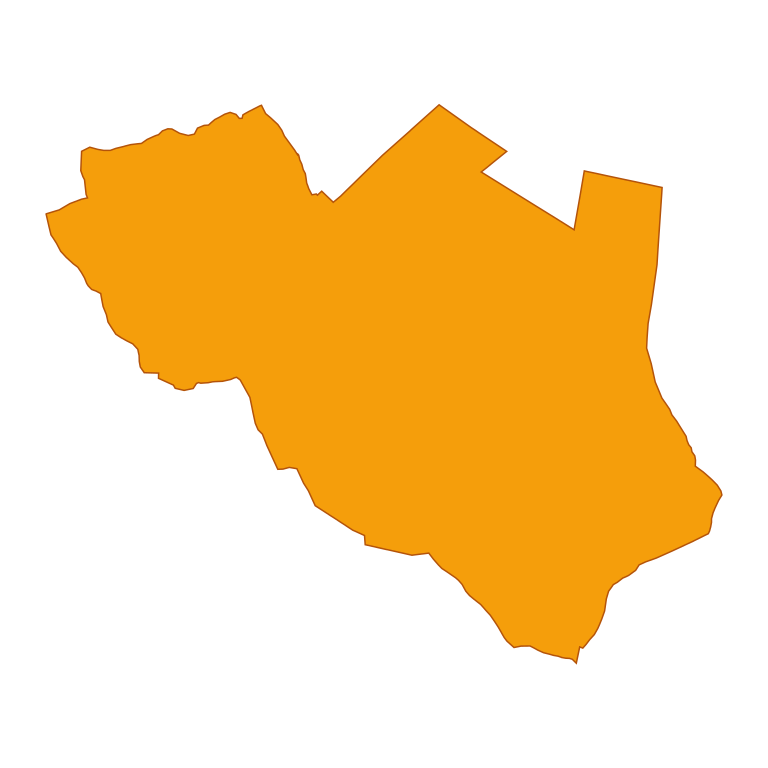 Zaragoza, Veracruz, Mexico (Natural Earth projection)
{"feature_id": "50627088B53644428615322", "entity_name": "Zaragoza", "entity_type": "district", "adm_level": 2, "iso_a3": "MEX", "parent_name": "Mexico", "parent_adm1": "Veracruz", "projection": "natural_earth1", "projection_center": [-94.642, 17.948], "detail": "fine", "context": "isolated", "style": "filled", "palette": "amber", "viewbox_px": 768, "rotation_deg": 0, "n_neighbors": 0, "source": "geoboundaries", "source_scale": "gbopen_adm2", "svg_char_len": 4156}
<svg xmlns="http://www.w3.org/2000/svg" viewBox="0 0 768 768"><path d="M261.5,105.3L260.9,105.5L259.8,105.9L256.9,107.4L249.0,111.4L244.7,113.8L242.9,114.9L242.1,118.3L239.3,118.4L236.7,115.2L236.0,114.4L230.1,112.4L224.7,114.2L219.6,117.1L214.9,119.5L211.3,122.5L208.5,125.1L204.1,125.4L197.5,128.1L194.4,134.1L188.2,135.5L179.6,133.3L178.0,132.4L171.9,129.0L167.8,128.8L162.4,130.9L158.5,134.7L155.7,135.6L153.8,136.4L147.2,139.4L141.5,143.4L140.8,143.5L138.4,143.7L130.8,144.6L125.3,146.0L123.6,146.5L115.8,148.4L110.3,150.4L103.7,150.4L97.9,149.4L97.1,149.2L89.8,147.2L84.6,149.8L81.6,151.3L81.2,160.6L80.8,170.7L82.9,176.6L84.5,179.7L86.1,194.4L87.5,197.9L81.5,199.2L69.9,203.6L59.2,209.9L46.3,213.8L46.1,214.0L48.9,226.2L51.0,234.9L53.0,237.8L56.5,243.3L60.7,251.3L66.2,257.3L73.3,263.8L77.8,267.2L81.6,272.8L84.6,278.1L86.7,283.4L88.2,285.8L91.6,289.4L93.9,290.3L95.9,291.0L99.3,292.8L100.7,293.5L101.5,298.0L101.8,299.7L102.5,303.4L103.1,306.5L106.4,314.7L108.0,322.0L110.0,325.2L111.4,327.4L115.8,334.2L121.3,337.8L126.9,340.9L129.1,342.0L132.7,343.8L137.8,349.3L138.5,352.8L139.0,354.9L139.1,355.3L139.3,361.6L140.3,367.0L142.9,370.8L143.3,371.3L144.2,372.7L158.6,373.1L158.5,378.3L173.4,385.1L175.2,388.3L184.1,390.4L193.2,388.5L196.5,383.4L198.6,382.6L200.7,383.2L208.2,382.7L212.6,381.8L215.3,381.6L222.5,381.3L230.6,379.5L234.5,377.8L236.6,377.3L240.0,379.8L240.3,380.1L249.9,397.4L252.0,407.5L252.9,412.1L255.3,423.3L258.1,429.8L262.4,434.1L264.9,440.4L266.9,445.6L277.8,469.3L283.0,469.1L289.3,467.4L296.9,468.7L303.6,483.2L308.1,490.3L308.5,491.0L315.2,505.7L317.7,507.3L320.6,509.2L330.9,515.9L333.3,517.4L339.7,521.6L352.8,530.2L355.1,531.2L359.5,533.2L364.5,535.5L365.2,544.7L386.8,549.6L387.1,549.6L411.9,555.2L422.3,553.9L422.6,553.9L428.8,553.1L433.6,559.4L438.5,565.0L441.9,568.5L446.8,571.7L447.5,572.2L455.5,577.7L458.5,580.3L462.1,584.4L465.0,589.7L465.8,591.2L469.5,595.5L474.2,599.4L480.6,604.4L483.3,607.4L485.8,610.3L490.2,615.1L494.0,620.6L495.8,623.3L498.2,627.0L501.3,632.4L501.9,633.5L504.2,637.5L505.7,639.5L507.0,641.2L514.0,647.5L516.0,647.1L521.1,646.1L522.2,646.1L529.0,646.0L530.1,646.0L534.2,648.1L537.8,650.1L543.3,652.6L543.5,652.7L549.5,654.2L553.6,655.4L555.4,655.7L557.6,656.1L558.1,656.2L561.3,657.3L561.6,657.5L561.8,657.5L565.6,658.2L569.6,658.4L570.1,658.6L571.8,659.1L572.3,659.3L576.3,663.2L578.3,653.7L579.7,646.9L582.8,648.1L586.0,644.5L589.8,639.5L594.3,634.6L597.8,628.4L598.6,626.6L599.4,624.8L601.7,619.2L603.9,613.0L604.6,611.0L606.2,599.9L606.3,599.0L608.6,591.2L611.1,587.8L613.3,584.6L617.3,582.3L622.7,578.1L626.2,576.6L628.7,575.4L634.3,571.3L635.6,570.4L639.1,564.9L644.7,562.3L645.8,561.8L656.2,558.1L661.8,555.6L672.1,551.0L685.2,544.9L693.6,541.0L693.9,540.8L705.0,535.3L708.3,533.7L709.6,530.9L710.2,528.5L710.6,527.2L711.5,522.4L711.5,518.7L713.1,512.7L714.2,510.1L714.9,508.3L718.6,500.4L721.9,495.0L720.9,491.0L717.2,485.1L713.3,481.1L711.7,479.5L705.9,474.3L703.1,471.9L695.3,466.2L695.5,460.1L694.8,455.9L691.9,451.7L691.2,447.8L688.7,444.7L687.0,440.5L686.1,436.3L683.2,431.7L679.4,425.6L676.7,421.2L671.9,414.9L669.7,409.4L666.1,404.1L661.9,398.1L658.6,390.1L655.2,382.0L651.2,363.6L647.3,350.5L646.6,348.2L647.1,337.7L647.3,334.9L648.1,323.5L648.9,319.0L651.4,304.7L657.0,264.8L657.9,250.2L658.7,238.2L661.7,194.1L662.1,187.5L635.0,181.7L622.6,179.1L606.1,175.6L597.0,173.6L586.9,171.5L584.3,170.9L580.3,194.4L574.1,229.8L558.0,219.7L544.8,211.5L536.7,206.5L519.0,195.5L501.0,184.3L481.2,172.0L487.0,167.4L493.2,162.3L506.7,151.4L499.7,146.7L494.0,142.9L491.9,141.5L478.3,132.4L475.9,130.7L471.2,127.6L439.1,104.8L421.6,120.4L411.1,129.8L410.0,130.9L400.2,139.6L382.6,155.2L360.5,176.7L354.2,182.9L347.4,189.5L341.3,195.5L340.7,196.1L337.1,199.1L333.2,202.3L333.0,202.0L326.5,195.8L321.7,191.2L317.4,195.2L316.4,194.0L311.9,194.8L308.8,188.8L307.6,185.4L306.7,183.1L306.3,180.1L306.0,177.9L305.3,173.6L303.2,169.6L301.8,164.2L301.1,162.7L299.8,159.9L298.7,155.2L297.9,154.2L297.6,154.8L295.2,151.1L294.9,150.5L284.4,136.1L284.3,135.9L281.8,130.3L279.2,126.5L277.8,124.5L270.6,117.8L265.6,113.6L262.1,106.6L261.5,105.3Z" fill="#f59e0b" stroke="#b45309" stroke-width="1.5"/></svg>